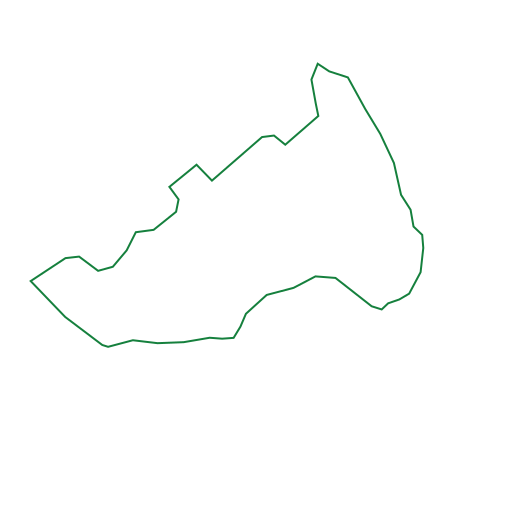 outline of Kyegegwa, rotated 49°
{"feature_id": "UGA-5611", "entity_name": "Kyegegwa", "entity_type": "District", "adm_level": 1, "iso_a3": "UGA", "parent_name": "Uganda", "parent_adm1": "", "projection": "robinson", "projection_center": [31.032, 0.442], "detail": "fine", "context": "isolated", "style": "outline", "palette": "green", "viewbox_px": 512, "rotation_deg": 49, "n_neighbors": 0, "source": "natural_earth", "source_scale": "10m", "svg_char_len": 782}
<svg xmlns="http://www.w3.org/2000/svg" viewBox="0 0 512 512"><g transform="rotate(49 256 256)"><path d="M227.5,427.2L222.3,430.4L176.9,440.0L127.1,442.5L132.6,401.2L140.4,389.9L163.6,384.9L170.2,371.1L166.9,349.9L159.2,331.1L169.1,316.1L170.2,287.3L162.5,277.3L147.0,276.0L148.1,241.0L170.2,239.8L170.2,173.4L176.9,163.4L191.2,160.9L191.2,117.1L180.2,110.9L159.2,98.4L151.4,83.3L164.7,79.6L181.5,69.5L216.6,77.1L245.4,82.1L276.3,90.9L305.0,106.4L322.5,109.0L337.1,117.8L349.1,116.7L359.7,124.5L376.2,142.4L384.9,165.1L382.8,176.4L378.4,187.3L378.8,196.2L369.8,201.7L324.7,210.4L310.4,224.5L304.7,248.5L292.4,273.5L293.0,301.5L299.1,314.1L303.1,326.6L296.2,335.8L287.3,344.6L273.6,367.1L257.2,387.5L238.8,404.2L227.5,427.2Z" fill="none" stroke="#15803d" stroke-width="2"/></g></svg>